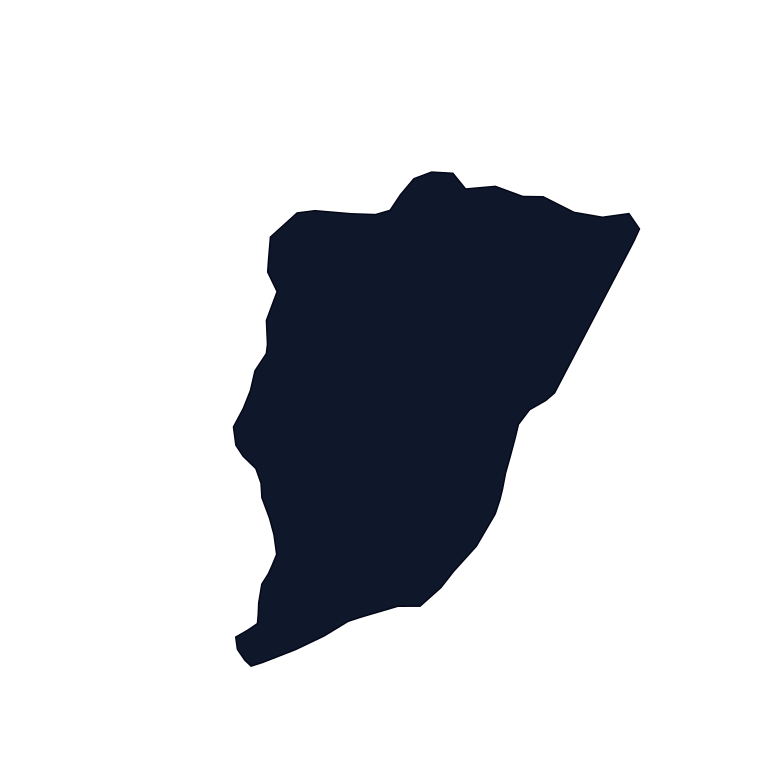 the district of Louvaras, Limassol, Cyprus, rotated 315°
{"feature_id": "46923920B93892240903610", "entity_name": "Louvaras", "entity_type": "district", "adm_level": 2, "iso_a3": "CYP", "parent_name": "Cyprus", "parent_adm1": "Limassol", "projection": "equal_earth", "projection_center": [33.036, 34.831], "detail": "fine", "context": "isolated", "style": "filled", "palette": "ink", "viewbox_px": 768, "rotation_deg": 315, "n_neighbors": 0, "source": "geoboundaries", "source_scale": "gbopen_adm2", "svg_char_len": 1019}
<svg xmlns="http://www.w3.org/2000/svg" viewBox="0 0 768 768"><g transform="rotate(315 384 384)"><path d="M90.5,489.5L101.6,495.2L133.8,509.3L163.5,519.8L190.7,526.4L200.5,531.3L207.4,535.0L236.6,550.9L252.4,566.6L280.4,568.2L300.8,565.7L334.6,564.0L370.8,554.5L384.1,547.8L393.2,542.3L406.9,533.0L422.4,524.3L439.3,514.5L450.5,507.6L468.7,505.1L486.7,510.0L498.3,510.9L661.1,459.9L662.5,459.4L674.3,455.0L677.7,436.7L656.4,420.6L639.7,396.9L628.9,364.1L614.7,349.5L602.5,323.0L579.6,303.8L581.7,283.7L567.5,267.8L550.4,260.0L529.5,261.8L511.1,265.5L497.8,258.2L481.5,240.8L457.7,212.6L443.5,201.6L407.6,199.8L390.9,213.9L380.9,222.6L373.8,243.1L345.8,255.9L329.7,273.5L322.3,279.3L302.2,283.4L284.9,294.2L267.2,301.8L247.2,307.9L236.0,322.5L233.3,335.4L233.6,353.2L226.9,367.2L217.3,378.0L208.2,397.9L199.6,412.8L187.6,428.6L175.8,433.5L167.8,436.5L156.1,439.1L140.6,450.2L132.0,458.1L125.1,463.9L113.0,461.6L100.2,458.1L92.7,468.0L90.3,480.9L90.5,489.5Z" fill="#0f172a" stroke="#020617" stroke-width="1.5"/></g></svg>